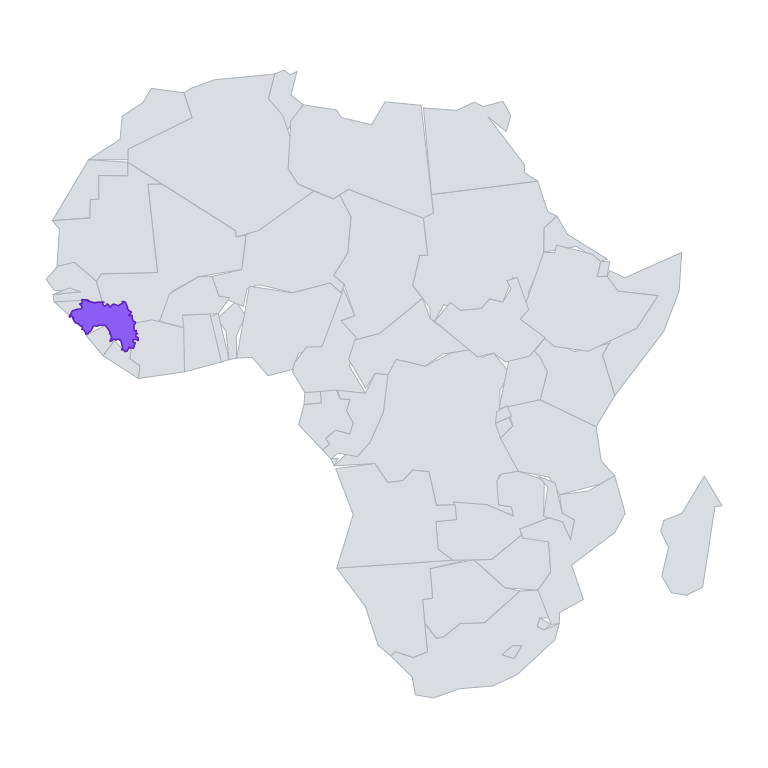 Africa, with Guinea highlighted
{"feature_id": "GIN", "entity_name": "Guinea", "entity_type": "country or territory", "adm_level": 0, "iso_a3": "GIN", "parent_name": "Africa", "parent_adm1": "", "projection": "albers", "projection_center": [-10.714, 9.945], "detail": "fine", "context": "in_parent", "style": "filled", "palette": "violet", "viewbox_px": 768, "rotation_deg": 0, "n_neighbors": 49, "source": "natural_earth", "source_scale": "50m", "svg_char_len": 14119}
<svg xmlns="http://www.w3.org/2000/svg" viewBox="0 0 768 768"><path d="M540.2,399.7L596.1,426.7L601.2,461.1L614.7,475.7L607.7,482.1L559.6,494.7L549.0,477.1L518.3,471.3L505.3,456.2L500.4,438.1L512.7,425.9L507.0,405.8L540.2,399.7Z" fill="#d9dde1" stroke="#a8b0b8" stroke-width="1"/><path d="M127.8,162.2L127.9,176.0L98.7,175.5L98.9,199.0L90.4,199.8L89.8,218.0L52.4,220.6L88.6,159.7L127.8,162.2Z" fill="#d9dde1" stroke="#a8b0b8" stroke-width="1"/><path d="M500.4,438.1L518.3,471.3L498.8,475.4L498.7,504.9L511.5,506.8L513.4,516.1L486.6,504.6L436.5,505.3L428.9,471.7L412.6,470.1L402.9,480.5L387.8,482.6L374.9,463.6L334.3,465.8L347.3,453.0L357.2,456.6L370.0,442.3L383.4,412.1L388.2,367.9L396.3,359.3L425.0,366.1L454.5,351.3L470.8,349.7L481.8,357.4L493.6,353.0L510.3,373.8L499.8,390.3L500.4,438.1Z" fill="#d9dde1" stroke="#a8b0b8" stroke-width="1"/><path d="M614.8,395.7L602.5,355.2L611.1,339.9L636.6,328.3L658.0,295.7L618.1,291.2L605.6,279.8L609.6,270.6L624.7,277.9L681.7,252.4L679.1,291.1L663.9,331.1L614.8,395.7Z" fill="#d9dde1" stroke="#a8b0b8" stroke-width="1"/><path d="M596.1,426.7L540.2,399.7L547.3,371.7L534.6,351.1L545.1,337.6L574.3,351.7L609.0,343.3L602.5,355.2L614.8,395.7L596.1,426.7Z" fill="#d9dde1" stroke="#a8b0b8" stroke-width="1"/><path d="M441.3,324.3L433.7,321.0L430.2,318.6L430.0,307.7L412.6,285.6L419.7,255.4L427.6,255.2L423.0,214.1L433.4,213.0L431.4,194.5L537.6,181.1L547.7,211.6L556.9,216.1L544.2,227.9L543.5,260.5L528.8,290.7L528.6,309.4L512.7,277.3L502.8,302.0L489.7,299.0L481.1,308.6L460.4,310.4L443.9,304.5L434.6,321.3L441.3,324.3Z" fill="#d9dde1" stroke="#a8b0b8" stroke-width="1"/><path d="M423.3,218.1L427.6,255.2L419.7,255.4L412.6,285.6L422.6,298.4L379.7,333.5L354.9,340.0L340.9,320.8L354.7,315.6L344.1,284.5L333.7,275.4L347.7,252.9L350.9,217.2L339.6,194.9L348.3,189.2L423.3,218.1Z" fill="#d9dde1" stroke="#a8b0b8" stroke-width="1"/><path d="M390.7,655.8L395.4,651.6L413.0,657.5L427.4,651.7L424.8,623.0L436.5,638.2L443.8,636.7L460.2,623.5L484.5,622.7L519.9,591.0L537.9,590.1L547.6,606.2L548.1,617.9L539.9,618.1L537.2,626.4L543.9,629.8L559.2,623.6L554.8,639.8L517.2,674.6L492.7,685.9L459.1,688.8L433.6,698.0L415.4,694.9L412.2,677.2L390.7,655.8ZM521.7,645.5L512.3,645.8L502.1,654.8L514.1,658.5L521.7,645.5Z" fill="#d9dde1" stroke="#a8b0b8" stroke-width="1"/><path d="M521.7,645.5L514.1,658.5L502.1,654.8L512.3,645.8L521.7,645.5Z" fill="#d9dde1" stroke="#a8b0b8" stroke-width="1"/><path d="M537.9,590.1L504.9,587.8L473.5,559.8L491.6,559.5L521.6,534.9L548.6,541.9L550.7,572.3L537.9,590.1Z" fill="#d9dde1" stroke="#a8b0b8" stroke-width="1"/><path d="M519.9,591.0L484.5,622.7L460.2,623.5L443.8,636.7L436.5,638.2L424.8,623.0L422.6,599.5L432.6,598.2L430.1,568.6L473.5,559.8L504.9,587.8L519.9,591.0Z" fill="#d9dde1" stroke="#a8b0b8" stroke-width="1"/><path d="M422.6,599.5L427.4,651.7L413.0,657.5L395.4,651.6L390.7,655.8L378.1,645.3L365.3,606.4L336.8,568.1L471.5,558.6L430.1,568.6L432.6,598.2L422.6,599.5Z" fill="#d9dde1" stroke="#a8b0b8" stroke-width="1"/><path d="M54.3,290.4L46.1,279.5L60.2,263.4L74.4,262.3L96.4,281.2L102.4,301.9L54.4,301.9L53.0,294.6L80.8,291.7L54.3,290.4Z" fill="#d9dde1" stroke="#a8b0b8" stroke-width="1"/><path d="M102.4,301.9L96.4,281.2L101.1,273.9L157.5,272.5L147.9,184.2L161.6,183.9L235.7,230.7L236.1,236.7L246.1,235.3L241.9,269.4L198.8,276.6L172.0,291.5L159.5,321.2L135.0,323.1L124.6,303.1L114.9,307.6L102.4,301.9Z" fill="#d9dde1" stroke="#a8b0b8" stroke-width="1"/><path d="M52.4,220.6L89.8,218.0L90.4,199.8L98.9,199.0L98.7,175.5L127.9,176.0L127.8,162.2L161.6,183.9L147.9,184.2L157.5,272.5L101.1,273.9L96.4,281.2L74.4,262.3L57.0,266.4L59.4,229.2L52.4,220.6Z" fill="#d9dde1" stroke="#a8b0b8" stroke-width="1"/><path d="M236.7,358.1L229.0,359.6L226.0,331.2L217.2,318.8L235.9,301.3L245.3,315.2L236.2,336.8L236.7,358.1Z" fill="#d9dde1" stroke="#a8b0b8" stroke-width="1"/><path d="M339.6,194.9L350.9,217.2L347.7,252.9L333.7,275.4L344.1,284.5L340.9,292.8L330.0,283.0L292.8,292.8L259.3,284.7L247.1,288.5L243.2,306.4L218.8,296.1L212.1,276.6L241.9,269.4L246.1,235.3L313.6,191.2L333.5,198.9L339.6,194.9Z" fill="#d9dde1" stroke="#a8b0b8" stroke-width="1"/><path d="M236.7,358.1L249.4,286.3L292.8,292.8L330.0,283.0L344.9,296.3L321.9,346.7L298.5,353.3L292.5,369.5L268.0,375.7L252.2,357.4L236.7,358.1Z" fill="#d9dde1" stroke="#a8b0b8" stroke-width="1"/><path d="M343.6,289.0L354.7,315.6L340.9,320.8L356.1,337.4L349.3,366.1L365.4,393.3L304.8,392.4L292.5,372.1L294.5,362.7L306.5,347.1L321.9,346.7L343.6,289.0Z" fill="#d9dde1" stroke="#a8b0b8" stroke-width="1"/><path d="M218.2,313.7L229.0,359.6L221.4,361.9L209.4,316.8L218.2,313.7Z" fill="#d9dde1" stroke="#a8b0b8" stroke-width="1"/><path d="M210.0,313.8L221.4,361.9L184.5,371.8L182.4,315.1L210.0,313.8Z" fill="#d9dde1" stroke="#a8b0b8" stroke-width="1"/><path d="M135.0,323.1L152.0,319.8L183.7,327.6L184.5,371.8L138.4,378.5L139.7,365.8L129.8,358.7L135.0,323.1Z" fill="#d9dde1" stroke="#a8b0b8" stroke-width="1"/><path d="M54.4,301.9L82.1,300.4L81.6,307.8L68.6,314.9L54.4,301.9Z" fill="#d9dde1" stroke="#a8b0b8" stroke-width="1"/><path d="M131.3,347.1L129.8,358.7L139.7,365.8L138.4,378.5L103.0,355.7L114.4,340.3L124.0,350.6L131.3,347.1Z" fill="#d9dde1" stroke="#a8b0b8" stroke-width="1"/><path d="M86.1,335.5L106.1,324.7L114.4,340.3L103.0,355.7L86.1,335.5Z" fill="#d9dde1" stroke="#a8b0b8" stroke-width="1"/><path d="M159.5,321.2L169.5,293.8L198.8,276.6L212.1,276.6L218.8,296.1L229.5,297.8L218.2,313.7L182.4,315.1L183.7,327.6L159.5,321.2Z" fill="#d9dde1" stroke="#a8b0b8" stroke-width="1"/><path d="M470.8,349.7L443.0,354.0L425.0,366.1L396.3,359.3L388.0,374.6L375.2,373.6L365.7,388.2L348.6,359.3L354.9,340.0L379.7,333.5L422.6,298.4L430.2,318.6L470.8,349.7Z" fill="#d9dde1" stroke="#a8b0b8" stroke-width="1"/><path d="M388.0,374.6L383.4,412.1L370.0,442.3L357.2,456.6L337.7,453.1L331.2,459.1L322.5,449.9L329.6,444.3L325.5,438.4L335.6,430.1L349.7,434.0L353.1,423.1L346.5,410.7L349.9,399.5L340.2,399.1L337.6,390.3L365.4,393.3L375.2,373.6L388.0,374.6Z" fill="#d9dde1" stroke="#a8b0b8" stroke-width="1"/><path d="M320.4,391.6L336.4,389.9L340.2,399.1L349.9,399.5L346.5,410.7L353.1,423.1L349.7,434.0L335.6,430.1L325.5,438.4L329.6,444.3L322.5,449.9L298.6,424.7L304.1,404.4L321.3,402.9L320.4,391.6Z" fill="#d9dde1" stroke="#a8b0b8" stroke-width="1"/><path d="M304.8,392.4L320.4,391.6L321.3,402.9L304.1,404.4L304.8,392.4Z" fill="#d9dde1" stroke="#a8b0b8" stroke-width="1"/><path d="M518.3,471.3L544.3,480.1L543.6,516.3L549.2,517.9L519.9,528.9L521.6,534.9L491.6,559.5L452.7,560.2L438.1,549.2L435.9,521.5L456.6,519.5L453.7,502.1L486.6,504.6L513.4,516.1L511.5,506.8L498.7,504.9L496.7,481.4L501.4,474.0L518.3,471.3Z" fill="#d9dde1" stroke="#a8b0b8" stroke-width="1"/><path d="M539.1,476.7L555.2,483.0L562.1,512.7L574.5,520.1L570.6,539.7L562.3,521.8L543.6,516.3L547.8,487.3L539.1,476.7Z" fill="#d9dde1" stroke="#a8b0b8" stroke-width="1"/><path d="M559.6,494.7L588.4,491.0L614.7,475.7L625.2,513.2L614.7,532.6L571.6,565.1L583.3,599.4L559.7,612.5L559.2,623.6L551.4,624.5L537.9,590.1L550.7,572.3L548.6,541.9L522.6,538.0L519.9,528.9L549.2,517.9L562.3,521.8L570.6,539.7L574.5,520.1L562.1,512.7L559.6,494.7Z" fill="#d9dde1" stroke="#a8b0b8" stroke-width="1"/><path d="M551.4,624.5L543.9,629.8L537.2,626.4L539.9,618.1L551.4,624.5Z" fill="#d9dde1" stroke="#a8b0b8" stroke-width="1"/><path d="M331.2,459.1L338.1,458.2L334.3,465.8L331.2,459.1ZM335.8,468.6L374.9,463.6L387.8,482.6L402.9,480.5L412.6,470.1L428.9,471.7L436.5,505.3L455.1,504.8L456.6,519.5L435.9,521.5L438.1,549.2L452.7,560.2L336.8,568.1L353.2,514.4L335.8,468.6Z" fill="#d9dde1" stroke="#a8b0b8" stroke-width="1"/><path d="M508.9,417.6L512.7,425.9L500.4,438.1L495.5,423.2L508.9,417.6Z" fill="#d9dde1" stroke="#a8b0b8" stroke-width="1"/><path d="M704.4,476.2L721.9,505.6L714.9,506.9L702.7,587.1L686.4,595.3L671.7,592.8L661.8,576.4L668.5,547.3L660.7,531.3L663.8,520.4L681.7,513.5L704.4,476.2Z" fill="#d9dde1" stroke="#a8b0b8" stroke-width="1"/><path d="M53.0,294.6L69.4,288.0L80.8,291.7L53.0,294.6Z" fill="#d9dde1" stroke="#a8b0b8" stroke-width="1"/><path d="M287.3,130.7L268.3,98.6L274.7,74.0L283.9,70.0L289.9,74.9L297.0,71.4L291.0,95.2L303.3,104.8L287.3,130.7Z" fill="#d9dde1" stroke="#a8b0b8" stroke-width="1"/><path d="M127.8,162.2L127.9,149.2L192.0,117.7L183.9,92.8L192.1,87.9L214.9,79.7L274.7,74.0L268.3,98.6L282.6,115.1L290.6,138.4L288.2,168.7L297.9,183.8L313.6,191.2L258.7,230.5L236.1,236.7L235.7,230.7L127.8,162.2Z" fill="#d9dde1" stroke="#a8b0b8" stroke-width="1"/><path d="M543.8,252.2L544.2,227.9L556.9,216.1L567.5,234.3L607.1,259.1L600.7,261.6L576.5,246.4L543.8,252.2Z" fill="#d9dde1" stroke="#a8b0b8" stroke-width="1"/><path d="M88.6,159.7L120.0,139.4L122.2,116.2L142.9,102.6L151.2,88.4L183.9,92.8L192.0,117.7L127.9,149.2L128.0,159.7L88.6,159.7Z" fill="#d9dde1" stroke="#a8b0b8" stroke-width="1"/><path d="M537.6,181.1L431.4,194.5L423.5,108.0L456.8,110.4L474.1,102.2L483.3,106.5L503.0,101.4L510.8,115.7L506.1,131.6L487.8,116.5L524.6,164.9L524.2,172.7L537.6,181.1Z" fill="#d9dde1" stroke="#a8b0b8" stroke-width="1"/><path d="M421.1,105.3L433.4,213.0L423.3,218.1L348.3,189.2L333.5,198.9L297.9,183.8L288.2,168.7L290.8,121.0L303.3,104.8L336.5,110.0L341.2,117.5L371.5,124.7L385.0,101.9L421.1,105.3Z" fill="#d9dde1" stroke="#a8b0b8" stroke-width="1"/><path d="M658.0,295.7L636.6,328.3L588.1,351.3L554.6,346.4L520.2,319.2L543.8,252.2L554.7,252.6L556.5,245.2L592.4,254.2L600.7,261.6L597.4,276.5L607.0,276.2L618.1,291.2L658.0,295.7Z" fill="#d9dde1" stroke="#a8b0b8" stroke-width="1"/><path d="M600.7,261.6L609.8,261.6L607.0,276.2L597.4,276.5L600.7,261.6Z" fill="#d9dde1" stroke="#a8b0b8" stroke-width="1"/><path d="M540.2,399.7L499.1,408.7L509.1,358.9L534.6,351.1L539.9,357.0L547.3,371.7L540.2,399.7Z" fill="#d9dde1" stroke="#a8b0b8" stroke-width="1"/><path d="M507.0,405.8L511.6,416.1L495.5,423.2L496.7,411.6L507.0,405.8Z" fill="#d9dde1" stroke="#a8b0b8" stroke-width="1"/><path d="M505.5,362.0L493.6,353.0L477.5,356.8L434.6,321.3L450.5,302.5L460.4,310.4L481.1,308.6L489.7,299.0L502.8,302.0L511.0,288.7L506.9,280.7L517.1,277.4L528.6,309.4L520.2,319.2L545.1,337.6L529.3,356.2L505.5,362.0Z" fill="#d9dde1" stroke="#a8b0b8" stroke-width="1"/><path d="M113.9,339.5L113.2,339.4L112.8,339.6L111.9,340.7L111.3,341.1L110.9,341.1L110.4,341.0L110.1,341.1L109.9,341.0L110.0,340.7L110.2,340.3L110.6,339.1L111.8,337.9L111.8,337.6L111.4,336.9L110.9,335.9L110.9,334.8L110.8,334.1L109.7,333.9L109.5,333.7L109.8,332.8L110.1,332.2L110.1,331.9L110.1,331.6L109.4,331.0L108.4,329.7L107.5,328.3L106.7,327.2L106.1,326.6L105.5,325.8L105.2,325.3L104.6,325.2L102.7,325.2L100.5,325.2L98.6,325.2L98.5,325.8L96.5,326.3L95.2,325.8L93.8,326.1L93.1,326.4L92.9,327.1L92.6,327.9L92.3,328.2L92.1,328.6L92.0,328.9L91.7,329.2L91.4,330.0L90.7,331.0L90.0,331.7L88.8,332.1L88.4,333.2L88.1,333.6L87.7,333.9L87.2,334.1L86.7,334.0L86.2,333.9L85.6,334.1L85.5,333.8L85.9,332.9L85.6,332.5L84.7,331.5L84.6,331.1L84.3,330.5L83.1,329.4L81.9,329.4L82.3,328.4L82.3,327.1L81.9,326.4L82.0,325.7L81.8,325.7L81.4,326.2L80.8,326.1L79.5,325.3L78.9,324.5L78.8,323.9L78.7,323.6L78.3,323.8L77.5,323.7L75.1,322.6L73.4,319.7L73.4,319.0L73.7,317.9L73.6,317.6L72.8,318.3L72.7,317.8L72.1,316.7L71.9,316.0L71.4,315.7L70.9,315.7L70.5,315.9L70.0,317.2L69.7,317.2L69.3,316.9L69.4,315.9L69.8,315.4L70.4,314.7L71.9,311.5L72.5,310.8L72.9,310.5L73.6,310.5L75.0,310.1L76.2,309.4L76.8,309.2L78.1,309.2L79.7,309.1L81.7,308.5L81.8,307.5L81.8,306.3L81.7,305.9L81.0,305.4L80.6,305.1L80.2,304.6L79.8,304.3L79.8,303.9L80.3,303.6L80.7,303.5L81.5,303.5L81.8,303.3L82.0,303.0L82.3,302.2L82.3,301.4L81.8,300.3L81.8,299.6L84.8,299.7L85.2,299.8L86.5,299.9L87.3,299.9L87.8,300.0L88.1,300.2L88.0,300.5L87.9,300.9L88.0,301.4L88.5,301.5L88.7,301.3L89.0,301.1L89.6,301.1L90.5,301.7L91.3,301.9L92.1,302.3L92.9,302.5L93.6,302.5L94.2,302.8L95.2,302.9L96.5,302.5L97.5,302.3L98.9,302.2L99.7,302.4L101.9,302.0L102.9,302.1L103.6,302.2L103.3,302.5L103.0,303.1L102.8,303.7L102.5,304.2L102.6,304.5L103.3,305.1L104.3,305.9L104.8,306.1L105.2,305.9L106.0,305.2L106.6,304.5L107.1,304.1L107.8,304.1L108.3,304.7L109.0,305.8L109.6,306.8L109.9,307.1L110.2,307.1L110.5,306.8L110.7,306.7L111.0,306.2L112.1,304.8L113.0,304.4L113.3,304.3L113.9,304.1L114.9,304.4L116.4,305.0L118.2,305.7L118.8,305.8L119.1,305.7L119.7,304.7L120.3,304.3L121.3,303.9L122.0,303.7L122.4,303.6L122.6,303.4L122.7,303.0L122.6,302.6L122.1,301.9L122.1,301.7L122.4,301.5L123.0,301.4L123.8,301.5L124.6,301.8L125.4,302.2L125.8,302.8L126.2,303.9L126.6,305.0L127.5,306.8L127.5,307.9L127.5,309.2L127.9,309.4L128.3,309.5L128.5,309.7L128.9,310.6L129.3,310.9L129.8,311.0L130.8,311.6L131.3,311.9L131.4,312.0L131.4,312.3L131.2,312.6L130.8,312.9L130.3,313.3L129.9,313.9L129.0,315.2L128.9,315.5L129.1,315.6L129.5,315.7L129.9,315.6L130.7,315.1L131.4,315.2L132.0,315.6L132.3,316.0L132.3,316.5L132.2,317.2L132.2,317.9L132.4,319.2L132.7,320.4L133.1,320.9L135.2,322.0L135.4,322.4L135.5,322.8L135.3,323.5L135.1,323.8L134.5,324.4L134.0,324.8L133.8,325.3L133.9,326.2L133.9,328.1L134.0,329.8L134.5,330.4L135.0,330.8L135.6,330.7L136.3,330.6L136.2,331.6L136.1,332.7L136.8,333.1L137.2,333.4L137.4,333.7L136.2,334.4L135.9,334.7L135.8,335.7L135.8,336.6L137.4,337.2L138.0,337.9L138.3,338.7L138.4,340.1L138.2,340.4L137.8,340.5L137.4,340.0L137.0,339.6L136.6,339.6L135.8,339.5L134.9,339.3L133.8,339.4L133.4,339.5L133.1,339.7L133.1,340.2L133.0,341.7L133.3,342.0L134.1,342.3L134.5,342.5L134.9,342.4L135.2,342.7L135.3,343.3L135.1,343.8L134.7,344.2L134.2,345.3L134.3,345.7L134.3,346.3L133.5,348.0L133.3,348.3L132.1,348.0L131.4,347.9L130.9,348.3L130.5,348.0L130.1,347.7L130.0,347.2L129.7,347.1L129.2,347.1L128.8,347.3L128.6,347.8L128.5,348.4L128.5,348.9L128.2,349.2L127.6,349.9L127.4,350.5L127.1,351.1L126.6,351.1L126.4,351.0L126.2,351.2L125.5,351.5L124.9,351.6L124.7,351.2L124.4,351.0L124.0,350.5L123.5,350.0L122.7,349.7L122.3,349.9L121.9,349.8L121.6,349.7L121.7,349.4L122.1,348.8L122.4,348.2L122.5,347.6L122.5,346.9L122.3,346.1L121.9,345.4L121.8,345.0L121.8,344.4L121.7,343.9L121.6,343.6L121.5,343.1L121.4,342.6L121.2,342.5L121.1,341.7L121.1,340.8L120.8,340.5L120.2,340.3L119.9,340.0L119.7,339.6L119.4,339.6L119.2,339.8L118.7,339.1L118.4,339.2L116.0,340.1L115.8,339.7L115.6,339.3L115.2,339.2L114.4,339.5L113.9,339.5Z" fill="#8b5cf6" stroke="#5b21b6" stroke-width="1.5"/></svg>